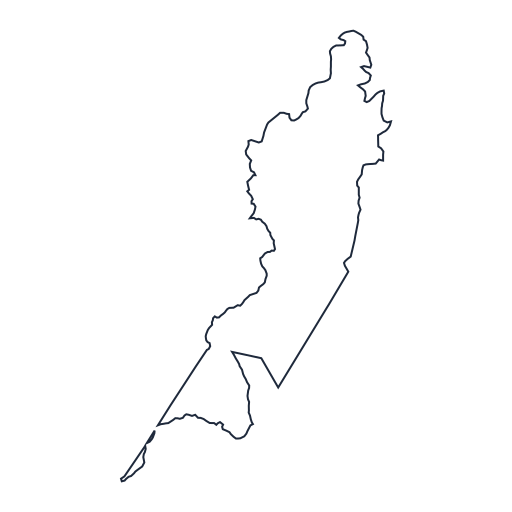 outline of Tracuateua, Pará, Brazil
{"feature_id": "56859067B98694132749853", "entity_name": "Tracuateua", "entity_type": "district", "adm_level": 2, "iso_a3": "BRA", "parent_name": "Brazil", "parent_adm1": "Pará", "projection": "albers", "projection_center": [-46.953, -1.066], "detail": "fine", "context": "isolated", "style": "outline", "palette": "slate", "viewbox_px": 512, "rotation_deg": 0, "n_neighbors": 0, "source": "geoboundaries", "source_scale": "gbopen_adm2", "svg_char_len": 4465}
<svg xmlns="http://www.w3.org/2000/svg" viewBox="0 0 512 512"><path d="M391.0,121.4L387.3,122.4L383.7,120.6L382.4,117.2L381.5,113.9L381.5,111.0L381.6,108.1L382.0,106.1L382.2,103.3L383.0,100.7L383.1,98.6L383.2,95.8L384.2,93.5L383.7,90.6L380.1,91.4L377.4,92.9L375.5,94.5L373.6,96.7L371.7,98.6L369.3,101.0L366.7,102.1L364.4,100.9L365.0,98.2L365.7,95.9L365.1,91.5L363.0,89.3L360.0,87.1L358.0,85.4L361.0,84.3L364.8,83.5L367.8,82.0L369.8,80.0L370.0,78.0L370.8,75.5L368.6,73.1L366.1,72.0L364.6,70.6L363.1,68.9L361.1,67.1L364.0,66.1L367.1,66.8L370.3,67.6L371.3,64.8L370.6,62.6L369.8,60.2L369.5,57.5L367.8,55.2L366.0,52.6L366.8,50.4L367.6,47.9L367.0,44.6L366.0,41.2L363.6,39.6L363.2,36.7L361.2,34.9L358.8,33.5L355.7,31.7L353.4,30.7L351.3,31.0L349.2,31.5L346.9,31.9L344.7,32.6L342.9,33.7L340.9,35.4L338.9,37.9L340.8,39.4L343.6,40.1L345.3,41.2L345.0,43.5L343.8,45.2L340.3,45.4L336.1,45.5L333.4,46.9L331.3,48.8L329.9,51.2L330.1,53.5L330.9,56.3L331.1,59.3L330.9,61.8L330.9,64.1L330.9,66.7L330.7,69.6L330.9,73.3L329.9,78.3L327.8,80.0L324.4,81.5L321.1,82.2L318.2,82.6L315.5,83.5L312.7,85.0L310.2,87.1L308.7,90.4L308.4,93.2L306.3,100.1L306.3,103.3L307.4,106.6L307.9,108.6L305.4,111.4L302.8,112.2L301.7,113.8L300.5,115.9L298.5,118.1L296.0,119.6L294.1,120.5L291.4,120.3L289.5,117.7L289.1,114.1L286.6,113.8L283.8,112.8L280.1,112.8L277.9,114.8L268.4,122.5L267.1,124.5L265.7,128.2L264.1,132.4L263.4,136.0L261.7,141.4L258.8,142.5L251.2,140.0L248.4,141.1L248.7,144.5L248.0,146.7L245.7,151.0L246.2,154.5L249.1,158.2L251.2,160.4L249.8,163.9L250.0,167.5L251.1,170.8L254.0,172.3L255.4,175.2L253.3,175.2L250.9,178.4L247.3,181.8L248.1,185.8L249.1,189.8L247.3,191.3L248.8,193.3L251.2,195.8L252.8,199.2L251.5,201.2L251.6,203.6L253.7,203.8L255.5,206.6L254.9,209.6L253.7,213.2L251.1,216.5L249.8,218.3L253.9,217.9L256.2,219.4L258.6,218.8L260.9,219.7L262.2,221.7L264.8,223.7L266.5,226.2L267.2,228.7L268.6,231.1L270.2,232.7L270.4,235.1L271.5,237.2L272.5,239.0L273.9,240.4L273.7,243.3L274.4,246.4L275.0,249.1L273.9,250.8L271.6,250.6L270.0,251.9L267.6,252.0L264.9,253.5L263.4,255.4L262.2,257.0L260.2,258.3L260.4,260.6L261.1,263.7L262.3,266.4L263.9,268.1L265.4,270.2L266.7,273.7L266.7,275.8L265.5,279.0L264.8,282.4L263.3,284.1L260.6,286.1L259.0,287.5L258.3,290.6L256.5,292.9L249.8,295.1L248.3,296.7L244.5,300.1L243.3,302.1L242.0,303.9L240.2,305.7L237.7,305.2L233.6,307.7L231.3,307.8L229.3,307.9L227.4,309.0L226.0,310.7L224.8,312.4L223.1,313.9L220.9,315.5L219.0,317.4L216.8,317.6L214.8,316.4L213.1,318.2L212.8,320.3L211.9,322.2L212.1,324.8L209.1,328.0L207.8,330.0L206.2,334.1L205.7,336.2L205.9,338.2L206.3,340.4L207.6,342.1L209.6,343.1L210.2,346.2L208.7,349.0L206.9,349.9L195.9,366.3L183.8,384.9L170.5,405.3L157.9,425.3L160.8,424.2L163.6,423.8L165.6,423.4L168.3,423.1L173.2,419.9L175.3,418.2L177.7,418.3L179.8,418.8L182.9,417.8L184.5,415.5L186.3,414.3L188.8,414.8L192.0,415.9L195.2,414.8L198.0,417.8L200.7,417.9L203.6,419.0L206.4,421.0L209.7,423.0L214.2,423.1L216.3,424.8L217.7,423.3L220.0,422.1L223.1,424.6L222.1,426.8L222.8,429.2L226.2,430.6L229.5,432.2L230.8,434.1L233.5,436.7L235.9,438.5L238.3,438.5L240.3,438.3L244.3,436.3L246.4,433.6L247.4,431.2L250.4,425.4L252.9,424.1L251.8,422.3L250.8,419.3L250.0,415.6L248.7,412.6L248.9,410.5L248.8,405.8L249.1,401.9L248.0,399.3L247.5,395.9L248.2,390.5L249.1,388.0L249.2,385.5L247.1,382.3L245.7,379.0L244.1,376.3L243.1,374.0L242.0,369.7L239.7,366.3L239.1,364.0L237.9,361.8L235.8,358.4L233.9,354.8L232.1,351.9L244.3,354.5L261.3,358.2L274.6,381.3L278.2,387.5L300.1,351.6L327.1,307.3L328.6,304.9L348.3,271.7L346.9,269.2L344.9,265.8L344.0,262.9L345.1,261.2L347.6,258.9L350.7,256.6L354.5,240.6L355.3,235.9L357.9,222.6L358.3,220.2L358.0,217.4L358.5,214.9L359.1,212.8L360.5,209.7L359.7,207.2L358.4,203.6L358.6,200.7L359.6,197.7L358.8,194.8L358.8,187.5L357.2,185.6L357.0,181.8L358.2,179.4L360.0,176.9L361.7,174.4L362.1,170.0L362.8,167.2L363.5,165.3L365.9,164.4L368.9,164.1L372.6,163.9L375.7,163.6L379.1,159.5L381.0,160.2L383.1,160.6L383.1,154.6L383.4,151.5L381.1,148.3L378.3,146.5L378.2,142.9L378.1,139.8L378.1,137.7L378.0,135.3L380.7,133.8L382.9,132.3L385.3,131.1L386.8,129.8L388.4,127.9L389.9,125.3L391.0,121.4ZM121.8,481.3L124.6,480.6L126.1,478.9L128.6,476.8L131.1,476.0L134.0,473.3L135.3,471.6L137.5,469.9L142.2,466.5L144.3,462.5L143.3,457.1L143.8,454.1L144.9,452.0L145.7,448.9L145.2,445.9L124.4,476.4L121.0,478.7L121.8,481.3ZM146.8,443.1L149.7,441.7L151.7,439.3L152.8,437.5L154.4,433.2L154.6,430.6L146.8,443.1Z" fill="none" stroke="#1e293b" stroke-width="2"/></svg>